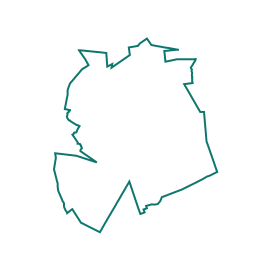 outline of Aquiles Serdán, Chihuahua, Mexico, rotated 71°
{"feature_id": "50627088B18240025112531", "entity_name": "Aquiles Serdán", "entity_type": "district", "adm_level": 2, "iso_a3": "MEX", "parent_name": "Mexico", "parent_adm1": "Chihuahua", "projection": "robinson", "projection_center": [-105.843, 28.58], "detail": "fine", "context": "isolated", "style": "outline", "palette": "teal", "viewbox_px": 256, "rotation_deg": 71, "n_neighbors": 0, "source": "geoboundaries", "source_scale": "gbopen_adm2", "svg_char_len": 4345}
<svg xmlns="http://www.w3.org/2000/svg" viewBox="0 0 256 256"><g transform="rotate(71 128 128)"><path d="M84.8,41.6L84.5,43.2L83.1,47.3L81.4,52.2L80.1,55.9L79.0,59.1L78.6,62.1L78.0,67.2L77.5,71.0L76.1,70.7L74.7,70.4L73.3,70.1L72.0,69.7L70.6,69.4L69.3,69.1L67.9,68.8L67.0,68.6L69.8,56.6L70.7,54.5L65.3,64.1L64.4,66.0L63.9,66.9L63.4,67.8L63.3,68.0L62.3,69.7L61.3,71.5L61.1,71.8L60.8,72.4L60.6,72.9L57.1,78.9L49.6,81.0L51.9,89.3L53.6,91.8L53.6,92.1L53.4,92.2L53.3,93.3L53.1,95.1L52.1,101.0L59.6,102.5L65.6,123.9L62.4,122.1L63.2,127.6L50.0,124.1L47.8,128.7L38.7,148.5L38.6,149.0L47.2,146.6L49.5,145.9L49.9,145.9L50.1,145.9L50.4,145.8L52.7,145.4L52.8,145.4L53.7,145.2L55.8,144.9L56.7,148.6L56.9,149.6L57.1,150.6L57.3,151.7L57.5,152.1L57.9,153.0L58.7,154.3L61.2,158.5L61.7,159.4L63.3,162.1L64.0,163.2L64.4,163.8L64.6,164.3L64.8,164.6L65.0,164.9L65.6,165.9L66.0,166.6L66.0,166.8L66.3,167.2L66.4,167.4L66.6,167.7L67.2,168.5L67.8,169.0L68.7,169.7L69.4,170.3L70.6,171.3L71.6,172.1L72.1,172.4L72.6,172.7L73.1,173.0L74.7,173.5L75.9,173.9L76.2,174.0L76.7,174.2L77.7,174.7L78.3,175.1L78.8,175.4L81.7,177.1L84.9,178.9L87.3,180.3L89.3,181.5L89.6,181.6L90.0,180.7L92.2,177.0L92.5,177.1L93.0,178.1L93.0,178.3L93.0,178.6L93.4,178.7L93.6,178.8L93.8,179.3L93.9,179.8L94.0,180.1L94.2,180.4L94.3,180.6L94.5,180.6L94.8,180.6L95.0,180.6L95.5,180.9L96.0,181.1L96.4,181.3L96.7,181.6L97.1,181.9L97.7,182.2L98.3,182.2L98.7,182.1L100.4,181.8L101.2,181.5L101.6,181.1L101.9,180.7L102.1,180.4L102.7,180.3L108.5,175.6L109.2,174.3L110.1,173.6L110.5,173.2L111.7,174.8L112.8,176.1L114.7,177.8L115.3,178.3L115.3,178.7L115.0,179.5L114.9,180.3L115.1,180.8L115.9,181.3L116.0,181.9L116.2,182.7L125.4,180.2L126.4,180.8L127.4,178.7L127.6,178.6L127.8,178.5L128.0,178.6L128.5,178.6L128.9,178.4L129.1,178.2L129.3,178.1L129.6,178.3L130.0,178.4L130.5,178.3L130.9,178.2L131.3,178.1L131.6,178.0L131.9,178.1L132.2,178.3L132.3,178.4L132.4,178.8L132.7,179.3L132.9,179.6L133.0,179.8L133.5,180.1L133.9,180.3L134.1,180.5L134.4,180.5L150.4,168.7L137.4,185.9L136.0,188.8L128.2,205.1L128.8,205.2L129.5,205.4L130.2,205.5L130.7,205.5L131.2,205.6L131.5,205.7L132.2,205.8L133.0,206.1L133.6,206.4L134.2,206.7L134.7,207.0L135.4,207.4L135.8,207.6L136.4,207.9L136.9,208.2L137.6,208.6L138.3,208.9L138.9,209.3L139.5,209.6L140.0,209.9L140.3,210.0L140.7,210.2L141.3,210.5L141.9,210.9L142.4,211.1L142.8,211.3L143.2,211.4L143.5,211.5L143.8,211.5L145.0,211.6L148.9,211.9L155.9,212.5L156.4,212.5L156.9,212.5L157.3,212.5L157.5,212.6L158.4,212.8L159.1,213.1L159.6,213.3L159.9,213.4L160.2,213.5L160.6,213.6L161.1,213.7L161.7,213.8L162.2,214.0L162.7,214.1L163.3,214.2L163.9,214.3L164.4,214.4L165.1,214.4L174.4,213.7L175.1,213.7L175.7,213.6L176.2,213.6L176.8,213.4L177.4,213.2L177.9,213.1L178.3,213.1L178.5,213.1L179.0,213.2L179.6,213.5L180.0,213.6L180.6,213.8L181.0,213.9L181.2,214.0L181.6,214.1L182.1,214.1L182.3,214.1L182.9,214.1L183.8,214.0L184.6,213.9L185.2,213.9L185.7,213.8L186.0,213.7L186.3,213.6L186.5,213.5L186.8,213.4L187.0,213.4L187.5,213.3L187.9,213.2L188.3,213.3L188.7,213.3L186.8,208.0L186.6,207.1L202.3,203.3L202.5,202.9L205.3,200.3L217.4,188.5L216.1,187.0L214.9,185.6L213.6,184.2L212.0,182.3L211.6,181.9L210.3,180.4L206.9,176.5L206.5,176.0L202.3,171.1L198.2,166.2L197.1,165.0L194.6,162.2L193.5,160.8L190.7,157.6L182.1,147.7L180.4,145.6L180.0,145.2L179.1,144.2L184.3,144.2L207.0,144.4L213.3,144.3L213.3,141.9L213.2,139.8L210.1,139.8L210.1,137.2L210.1,136.3L207.6,136.3L207.8,133.0L207.9,130.4L208.2,129.9L209.1,127.7L209.6,124.7L208.4,122.6L207.6,121.3L204.4,118.5L204.4,117.9L204.3,114.8L204.3,113.6L204.2,111.6L204.1,109.7L204.1,109.0L203.9,103.2L203.7,96.8L202.7,89.4L202.1,84.5L201.9,82.9L201.5,80.0L201.1,77.4L200.8,74.9L199.6,68.8L199.7,66.3L199.0,61.3L198.6,58.0L191.2,58.0L186.3,58.0L180.7,58.0L166.5,58.1L166.2,58.1L165.8,58.0L159.5,56.4L152.7,54.7L149.5,53.9L149.4,53.9L137.6,50.9L136.3,54.5L104.8,60.6L106.4,53.0L106.5,52.2L106.2,52.1L105.8,52.2L105.4,52.3L105.0,52.1L104.8,52.1L104.2,52.0L103.6,51.6L103.1,51.5L102.5,51.4L102.2,51.2L101.9,51.3L101.4,51.0L101.0,50.9L100.9,50.7L100.4,50.5L100.2,50.5L99.9,50.7L99.7,50.7L98.7,50.3L97.9,50.0L97.3,49.6L96.6,49.3L96.4,49.3L96.0,49.4L95.0,49.4L94.5,49.2L94.0,48.9L93.7,48.6L93.1,48.7L92.0,48.9L91.4,49.0L90.9,48.3L90.0,47.2L89.2,46.2L88.5,45.4L88.0,44.8L87.4,44.1L85.8,42.1L85.4,41.8L84.8,41.6Z" fill="none" stroke="#0f766e" stroke-width="2"/></g></svg>